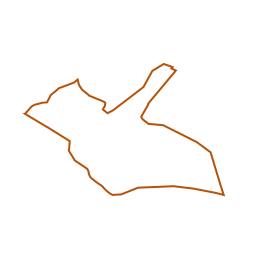 Frogn nor, Akershus, Norway (Natural Earth projection), rotated 188°
{"feature_id": "86288312B7520340450988", "entity_name": "Frogn nor", "entity_type": "district", "adm_level": 2, "iso_a3": "NOR", "parent_name": "Norway", "parent_adm1": "Akershus", "projection": "natural_earth1", "projection_center": [10.684, 59.665], "detail": "fine", "context": "isolated", "style": "outline", "palette": "amber", "viewbox_px": 256, "rotation_deg": 188, "n_neighbors": 0, "source": "geoboundaries", "source_scale": "gbopen_adm2", "svg_char_len": 1429}
<svg xmlns="http://www.w3.org/2000/svg" viewBox="0 0 256 256"><g transform="rotate(188 128 128)"><path d="M42.8,115.4L57.7,123.5L93.7,135.7L108.2,134.9L114.8,138.7L116.5,140.9L111.5,153.3L111.3,155.1L88.6,191.6L93.3,193.0L92.4,194.6L101.5,196.4L111.8,188.0L118.4,170.7L144.1,144.6L144.4,144.3L145.7,143.1L150.4,139.8L155.5,142.9L154.0,146.5L153.9,149.3L154.8,150.4L159.7,151.8L164.6,153.0L171.1,154.7L172.2,155.6L178.8,159.5L182.7,164.0L184.6,169.0L187.7,165.5L201.9,157.8L209.1,149.8L211.8,142.1L216.0,141.2L223.9,137.9L226.4,135.9L231.9,127.8L232.1,127.7L209.3,118.1L207.7,117.5L183.9,106.9L183.5,101.4L183.5,97.4L176.1,88.4L162.9,82.0L162.6,81.8L162.5,81.6L162.0,81.0L161.6,80.4L161.3,79.8L160.9,79.1L160.7,78.1L160.5,77.6L160.3,77.1L159.8,76.2L159.3,75.3L158.7,74.5L158.1,73.9L157.5,73.3L156.6,72.8L156.1,72.5L155.0,71.9L154.2,71.4L153.3,70.8L152.7,70.5L152.1,70.1L151.4,69.8L150.8,69.5L150.1,69.1L149.6,68.9L149.0,68.5L148.4,68.3L147.8,68.0L147.2,67.7L146.6,67.4L145.9,67.0L145.3,66.6L144.9,66.3L144.5,66.0L144.1,65.6L143.8,65.3L143.0,64.7L142.3,64.1L141.7,63.7L141.3,63.4L140.8,63.0L140.3,62.7L139.9,62.5L139.4,62.2L139.0,61.9L138.5,61.6L137.9,61.3L137.5,61.0L137.0,60.8L136.8,60.6L136.4,60.5L135.9,60.3L135.5,60.1L135.2,60.0L134.9,59.9L134.5,59.8L134.2,59.7L133.9,59.6L125.5,61.3L109.7,70.3L74.7,76.7L54.6,77.1L31.6,75.9L23.9,75.0L28.5,84.5L37.2,103.2L42.8,115.4Z" fill="none" stroke="#b45309" stroke-width="2"/></g></svg>